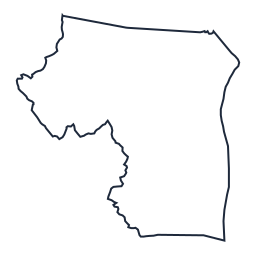 outline of Pekan, Pahang, Malaysia
{"feature_id": "92858781B2818057588374", "entity_name": "Pekan", "entity_type": "district", "adm_level": 2, "iso_a3": "MYS", "parent_name": "Malaysia", "parent_adm1": "Pahang", "projection": "albers", "projection_center": [103.074, 3.304], "detail": "fine", "context": "isolated", "style": "outline", "palette": "slate", "viewbox_px": 256, "rotation_deg": 0, "n_neighbors": 0, "source": "geoboundaries", "source_scale": "gbopen_adm2", "svg_char_len": 2215}
<svg xmlns="http://www.w3.org/2000/svg" viewBox="0 0 256 256"><path d="M62.5,15.4L61.9,20.0L62.6,22.0L62.1,24.6L61.7,27.0L61.9,29.8L62.6,32.2L63.0,34.2L62.8,36.9L61.5,38.6L59.7,39.5L58.2,41.9L56.9,43.9L56.4,47.4L57.3,50.9L55.8,52.2L53.8,53.9L51.8,55.0L49.0,56.2L46.6,57.0L45.3,57.7L46.2,60.5L45.9,63.4L44.4,66.9L42.9,69.1L40.5,70.6L38.1,71.1L35.6,72.1L33.4,73.9L32.1,74.6L32.4,76.7L30.8,78.3L27.5,75.9L23.4,74.3L21.2,75.2L22.5,77.4L21.9,78.7L17.7,78.7L16.8,80.5L17.3,83.7L18.4,86.6L18.6,88.8L20.5,91.0L22.9,93.0L26.4,96.5L27.3,98.7L29.1,100.2L31.9,101.3L33.5,102.8L33.5,104.3L32.9,104.5L31.7,110.2L37.2,117.3L40.7,122.9L42.2,124.3L44.9,126.0L46.0,128.2L52.8,136.5L54.7,135.9L57.1,136.5L59.3,139.1L62.6,137.2L64.3,134.5L66.6,128.6L66.5,127.3L67.8,126.2L70.9,126.5L73.3,124.3L74.2,126.0L74.9,130.2L77.7,133.7L80.3,136.8L84.1,135.7L85.6,134.6L88.4,133.4L90.8,133.9L94.3,133.4L95.2,131.5L96.6,129.9L99.2,128.4L101.2,126.4L102.9,124.9L105.1,124.2L106.2,122.5L107.7,120.7L109.9,124.2L111.6,127.1L112.3,130.6L111.6,134.3L112.5,137.8L115.4,141.3L115.6,142.7L118.9,143.8L120.2,145.3L122.6,147.5L122.4,151.0L124.2,153.4L126.3,155.4L127.9,156.7L127.4,158.9L126.1,161.7L124.1,164.5L126.6,166.1L127.0,167.6L125.4,170.3L126.3,172.6L125.7,173.8L124.1,176.2L120.2,177.5L120.9,180.5L123.0,183.8L121.5,186.2L117.4,186.5L113.4,186.9L111.2,188.6L110.1,192.1L108.4,196.5L107.9,198.9L111.6,200.2L114.1,202.0L116.3,202.9L113.4,204.9L114.5,206.6L117.8,207.2L118.4,209.0L117.4,212.1L119.3,214.3L122.6,215.4L124.6,217.3L125.2,221.1L127.4,223.5L129.0,225.0L128.3,227.2L131.1,228.1L134.0,228.1L135.5,227.8L137.9,229.6L138.8,232.7L139.5,235.1L140.8,236.6L143.6,236.6L146.2,236.2L149.5,235.9L153.5,235.7L157.8,234.8L203.6,235.3L224.4,240.6L223.5,221.1L224.4,209.9L227.1,194.6L228.9,187.0L228.9,168.5L228.0,146.1L224.0,131.7L223.1,126.3L221.7,120.9L220.8,115.1L220.8,109.2L222.2,103.8L223.5,98.9L224.4,92.2L225.7,86.8L228.0,82.7L229.8,78.2L232.5,73.7L234.7,69.7L238.3,66.1L239.2,62.5L237.9,59.4L235.2,56.2L231.6,53.1L228.9,49.9L213.5,31.3L213.0,32.7L211.5,33.6L209.2,33.8L208.3,32.6L207.6,31.2L206.3,32.2L205.1,32.2L204.6,31.1L202.4,31.8L200.2,32.3L127.7,27.8L126.0,27.6L62.8,15.8L62.5,15.4Z" fill="none" stroke="#1e293b" stroke-width="2"/></svg>